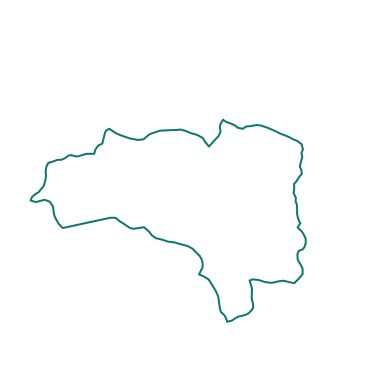 the district of Brodowski, São Paulo, Brazil, rotated 302°
{"feature_id": "56859067B88717252017859", "entity_name": "Brodowski", "entity_type": "district", "adm_level": 2, "iso_a3": "BRA", "parent_name": "Brazil", "parent_adm1": "São Paulo", "projection": "equal_earth", "projection_center": [-47.633, -21.044], "detail": "fine", "context": "isolated", "style": "outline", "palette": "teal", "viewbox_px": 384, "rotation_deg": 302, "n_neighbors": 0, "source": "geoboundaries", "source_scale": "gbopen_adm2", "svg_char_len": 2210}
<svg xmlns="http://www.w3.org/2000/svg" viewBox="0 0 384 384"><g transform="rotate(302 192 192)"><path d="M269.7,180.1L265.8,180.0L262.3,180.9L258.5,184.1L253.9,184.9L239.7,182.3L241.2,177.1L243.5,172.6L243.2,166.2L241.5,160.6L240.5,154.6L238.9,149.2L236.1,145.7L234.1,142.5L227.0,132.3L220.4,126.8L217.9,125.2L211.1,123.0L207.7,119.0L204.5,110.9L202.3,101.5L201.5,95.9L201.8,88.4L198.8,86.6L195.8,86.9L190.0,88.8L185.5,90.3L181.6,87.8L176.4,87.6L172.6,88.9L168.7,82.6L165.1,79.2L162.3,77.0L160.5,74.3L159.2,69.8L156.8,67.6L153.8,66.6L150.3,64.4L147.8,60.7L143.8,57.7L140.7,54.7L136.3,55.1L132.3,56.7L127.9,59.9L123.5,61.7L118.5,63.0L114.2,62.5L110.2,61.9L107.3,60.3L102.8,58.9L99.4,59.7L100.6,64.8L103.9,67.9L107.3,71.2L108.4,76.4L106.0,81.8L102.2,85.0L98.9,87.9L97.1,90.7L94.3,95.9L92.9,101.4L126.8,136.3L129.6,140.9L128.9,145.9L128.9,151.9L128.6,158.6L130.0,162.2L133.3,166.0L136.7,169.9L135.7,176.5L134.0,180.7L133.7,185.9L135.7,191.8L137.3,198.2L140.0,203.8L141.2,208.4L142.7,212.9L143.9,217.3L144.2,222.6L143.0,227.3L141.9,232.3L139.2,237.0L136.4,239.4L133.4,241.0L129.8,241.2L125.9,241.7L126.6,246.8L126.6,252.6L123.8,258.3L120.8,264.4L117.2,269.7L112.9,273.3L108.8,276.7L105.7,279.9L104.6,284.9L102.9,287.8L100.6,290.6L104.1,294.0L107.4,295.4L110.5,297.0L113.1,299.6L116.1,302.5L119.3,304.3L123.4,305.2L126.4,305.2L129.5,303.0L132.3,300.0L134.7,298.2L138.2,296.2L142.0,294.0L145.1,290.4L147.5,287.8L150.2,290.0L152.8,295.4L153.9,300.0L155.3,304.0L157.4,308.0L161.9,312.5L165.2,316.5L166.8,321.3L168.9,327.0L172.2,327.8L176.2,328.7L181.0,329.3L185.7,326.4L188.2,322.1L190.6,317.5L194.8,314.5L198.5,313.7L202.0,316.3L204.8,316.5L208.6,315.7L212.5,313.3L215.2,309.3L216.6,306.2L217.9,300.4L222.8,300.4L225.4,296.4L228.9,292.9L233.5,290.0L236.9,287.6L239.0,284.8L242.2,283.1L244.9,278.8L249.4,276.7L252.9,274.3L256.6,274.9L261.7,274.9L265.6,275.6L268.4,273.1L271.2,269.7L275.7,268.3L280.2,266.9L283.1,264.1L286.9,263.5L290.6,259.7L291.1,254.4L290.3,250.0L290.0,245.0L289.4,241.4L288.3,236.1L287.8,230.9L287.3,227.1L286.4,221.5L284.9,215.2L283.0,211.2L279.1,207.0L276.2,203.2L272.5,201.6L270.8,197.0L271.2,192.7L270.6,188.1L269.5,184.0L269.7,180.1Z" fill="none" stroke="#0f766e" stroke-width="2"/></g></svg>